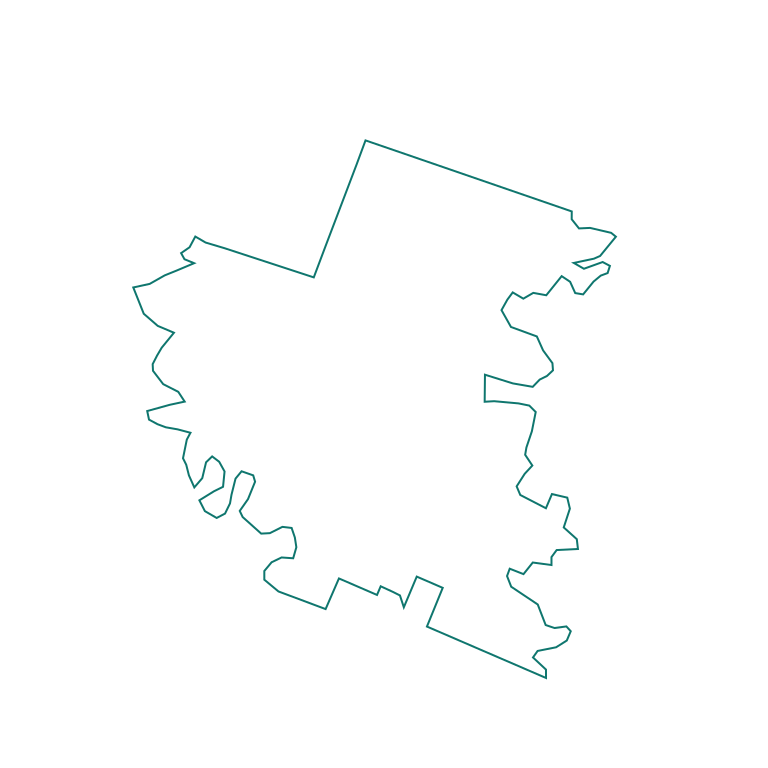 Guaporé, Rio Grande do Sul, Brazil (Mercator projection), rotated 23°
{"feature_id": "56859067B75803801424105", "entity_name": "Guaporé", "entity_type": "district", "adm_level": 2, "iso_a3": "BRA", "parent_name": "Brazil", "parent_adm1": "Rio Grande do Sul", "projection": "mercator", "projection_center": [-51.895, -28.851], "detail": "fine", "context": "isolated", "style": "outline", "palette": "teal", "viewbox_px": 768, "rotation_deg": 23, "n_neighbors": 0, "source": "geoboundaries", "source_scale": "gbopen_adm2", "svg_char_len": 2013}
<svg xmlns="http://www.w3.org/2000/svg" viewBox="0 0 768 768"><g transform="rotate(23 384 384)"><path d="M367.9,616.2L418.2,614.0L418.5,580.6L460.0,580.9L460.0,571.5L473.5,571.9L481.3,572.4L489.5,581.8L489.4,548.5L517.7,548.7L518.3,590.5L648.0,591.3L644.7,583.6L628.0,577.5L629.7,569.7L645.3,559.1L652.5,548.7L652.5,538.6L646.6,535.9L636.3,542.0L627.0,542.7L611.7,526.9L580.3,520.9L572.3,512.7L571.9,504.9L586.7,504.5L590.7,490.2L608.9,485.2L605.8,477.9L607.8,469.4L627.0,460.1L622.1,451.5L605.5,445.8L603.8,426.1L597.1,417.0L581.6,419.7L581.6,435.1L552.8,432.9L546.1,426.4L548.6,411.7L552.4,401.1L541.6,394.0L539.9,386.8L538.6,369.8L534.6,350.5L526.2,347.1L515.4,349.3L492.1,356.8L483.6,361.0L473.3,336.0L502.4,333.1L522.0,328.5L525.6,319.1L530.9,312.9L534.2,305.4L530.9,299.0L517.3,290.9L506.1,280.5L478.6,281.9L463.3,270.1L464.6,258.1L466.7,249.4L478.9,251.0L485.8,241.8L498.7,238.9L505.4,215.3L515.4,217.2L524.5,225.6L532.3,223.7L536.9,207.8L541.2,199.5L546.5,194.5L545.8,187.0L537.6,186.3L523.0,199.8L511.4,198.4L528.3,186.6L532.9,181.7L539.9,157.8L534.0,156.1L512.7,159.8L502.7,164.6L492.4,159.0L489.4,151.8L330.0,162.9L271.8,167.0L273.0,192.6L276.3,279.3L277.7,313.3L184.2,321.3L164.5,323.5L152.7,322.0L151.6,334.1L146.1,342.8L151.6,347.1L162.0,347.0L148.7,360.7L139.7,369.7L129.2,383.4L115.5,393.1L135.4,413.2L153.0,418.9L170.6,418.9L165.2,437.4L164.0,446.5L163.3,456.1L166.2,462.1L180.8,470.4L197.7,471.6L207.4,478.1L195.0,486.8L176.6,501.4L181.6,508.6L191.2,509.5L200.1,509.1L211.7,506.4L224.9,504.5L224.2,512.2L228.0,530.9L233.5,535.6L240.1,544.3L249.8,553.3L253.5,541.7L250.8,525.6L254.1,517.8L262.7,520.0L271.4,526.8L276.0,541.5L269.4,549.2L259.5,563.2L268.8,571.0L282.3,572.7L288.3,565.4L288.9,554.1L286.9,545.6L284.3,529.1L287.0,520.0L299.3,519.2L303.5,524.3L303.8,543.1L300.8,557.2L305.9,561.7L329.4,569.7L337.2,565.9L346.3,555.2L355.2,552.6L361.9,560.1L367.1,568.5L368.5,579.9L357.5,583.7L350.2,592.0L346.9,602.9L350.3,610.9L367.9,616.2Z" fill="none" stroke="#0f766e" stroke-width="2"/></g></svg>